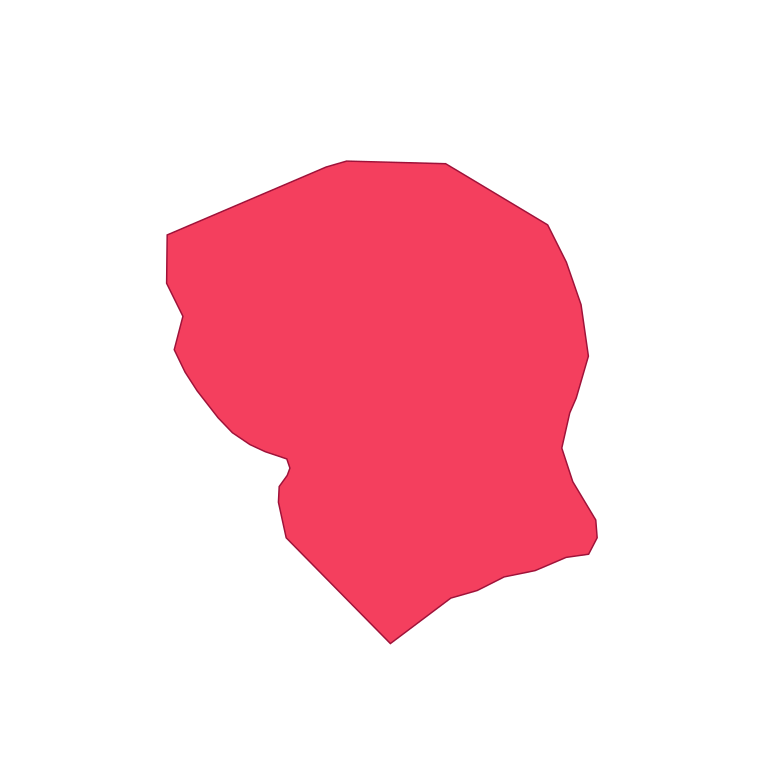 the border of Mirna Pec, rotated 120°
{"feature_id": "SVN-242", "entity_name": "Mirna Pec", "entity_type": "Municipality", "adm_level": 1, "iso_a3": "SVN", "parent_name": "Slovenia", "parent_adm1": "", "projection": "orthographic", "projection_center": [15.099, 45.85], "detail": "fine", "context": "isolated", "style": "filled", "palette": "rose", "viewbox_px": 768, "rotation_deg": 120, "n_neighbors": 0, "source": "natural_earth", "source_scale": "10m", "svg_char_len": 615}
<svg xmlns="http://www.w3.org/2000/svg" viewBox="0 0 768 768"><g transform="rotate(120 384 384)"><path d="M605.6,248.7L566.1,391.8L539.2,416.3L525.2,423.5L511.5,422.1L503.9,423.4L497.5,430.7L502.0,453.0L503.5,469.8L502.0,490.9L496.2,510.8L483.4,542.3L473.2,562.2L459.2,582.8L425.9,592.0L405.5,622.6L363.3,646.3L225.0,542.6L209.7,527.9L162.4,440.7L164.4,321.8L187.4,286.9L216.8,253.0L257.7,220.9L300.1,210.5L316.1,208.7L350.6,198.0L374.2,171.7L395.9,132.6L410.6,122.5L429.1,121.7L443.1,139.6L470.0,159.8L491.0,183.5L516.2,200.0L536.0,219.1L605.6,248.7Z" fill="#f43f5e" stroke="#9f1239" stroke-width="1.5"/></g></svg>